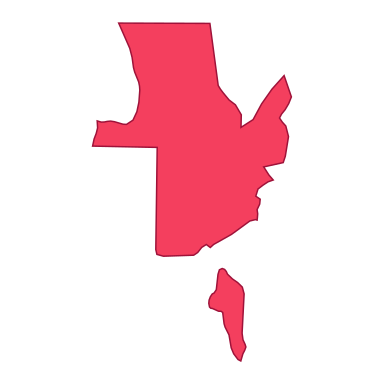 Davao del Norte, Albers equal-area conic projection
{"feature_id": "PHL-2591", "entity_name": "Davao del Norte", "entity_type": "Province", "adm_level": 1, "iso_a3": "PHL", "parent_name": "Philippines", "parent_adm1": "", "projection": "albers", "projection_center": [125.674, 7.446], "detail": "fine", "context": "isolated", "style": "filled", "palette": "rose", "viewbox_px": 384, "rotation_deg": 0, "n_neighbors": 0, "source": "natural_earth", "source_scale": "10m", "svg_char_len": 1421}
<svg xmlns="http://www.w3.org/2000/svg" viewBox="0 0 384 384"><path d="M257.1,220.1L255.5,219.6L249.8,221.0L231.6,234.3L213.7,244.4L210.3,247.5L206.3,244.5L201.7,247.4L197.7,252.5L193.7,255.2L163.4,256.2L156.9,254.4L155.8,249.6L157.2,147.4L92.6,146.1L94.1,139.0L96.2,133.5L97.6,127.9L97.2,120.9L101.2,122.1L104.3,122.0L107.2,121.4L110.6,121.1L114.4,121.7L123.0,124.2L126.5,124.4L132.9,120.2L133.0,120.1L136.9,111.7L138.9,102.2L139.8,90.1L139.5,86.0L138.7,82.0L134.7,72.1L133.5,67.6L132.1,57.4L129.8,48.4L118.7,23.1L209.9,23.4L218.2,85.5L220.3,89.0L222.9,92.5L229.1,100.0L235.4,104.8L241.3,114.8L241.0,127.4L253.1,119.6L261.6,103.9L272.0,89.1L284.1,75.6L291.4,96.9L288.7,103.6L285.1,109.7L281.6,114.0L279.5,118.0L282.3,122.1L285.8,126.0L288.5,136.6L285.3,156.3L283.2,162.6L263.7,166.9L268.9,175.0L273.2,180.0L267.9,181.9L262.8,185.3L258.0,189.0L255.8,196.2L260.2,199.2L259.7,204.1L257.1,209.6L257.7,213.8L257.4,217.7L257.1,220.1ZM245.1,344.4L245.9,347.0L244.7,350.3L242.9,353.8L240.8,361.0L238.0,359.5L233.7,353.8L231.2,347.8L229.0,334.9L225.1,327.1L224.1,323.8L222.7,312.5L221.1,311.3L218.5,311.2L212.5,308.5L210.7,308.2L209.5,307.0L208.8,303.4L209.1,300.1L210.4,296.7L212.2,294.0L214.1,293.0L216.3,289.7L218.0,274.3L219.4,269.8L222.2,268.5L224.6,269.4L226.3,271.5L227.5,274.2L232.4,278.9L237.8,282.7L242.3,287.1L244.1,293.9L242.1,333.2L243.0,339.8L245.1,344.4Z" fill="#f43f5e" stroke="#9f1239" stroke-width="1.5"/></svg>